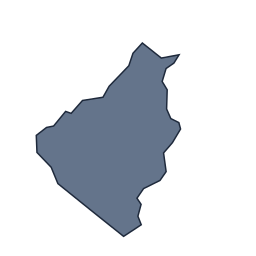 the district of Cook, Georgia, United States of America, rotated 37°
{"feature_id": "52423323B52740470378798", "entity_name": "Cook", "entity_type": "district", "adm_level": 2, "iso_a3": "USA", "parent_name": "United States of America", "parent_adm1": "Georgia", "projection": "robinson", "projection_center": [-83.428, 31.189], "detail": "fine", "context": "isolated", "style": "filled", "palette": "slate", "viewbox_px": 256, "rotation_deg": 37, "n_neighbors": 0, "source": "geoboundaries", "source_scale": "gbopen_adm2", "svg_char_len": 575}
<svg xmlns="http://www.w3.org/2000/svg" viewBox="0 0 256 256"><g transform="rotate(37 128 128)"><path d="M124.7,38.8L112.5,52.1L88.3,51.5L87.0,65.3L91.2,77.8L87.8,106.0L89.5,118.5L75.1,133.4L73.8,150.5L68.2,152.3L67.4,171.2L62.6,176.6L59.2,189.1L70.0,202.3L90.3,205.6L105.5,214.6L147.4,216.0L189.7,217.2L196.8,197.3L189.0,192.5L184.4,181.1L177.4,178.7L176.9,167.0L185.1,150.6L184.7,139.9L171.4,126.5L172.3,113.0L170.6,97.2L165.4,93.1L156.5,94.7L147.4,89.6L136.3,73.9L127.3,70.3L122.6,57.6L125.6,48.5L124.7,38.8Z" fill="#64748b" stroke="#1e293b" stroke-width="1.5"/></g></svg>